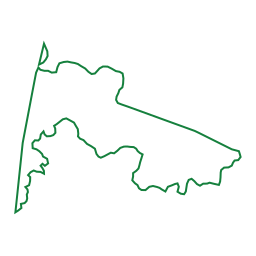 outline of Gongogi, Bahia, Brazil
{"feature_id": "56859067B50275447088656", "entity_name": "Gongogi", "entity_type": "district", "adm_level": 2, "iso_a3": "BRA", "parent_name": "Brazil", "parent_adm1": "Bahia", "projection": "albers", "projection_center": [-39.593, -14.278], "detail": "fine", "context": "isolated", "style": "outline", "palette": "green", "viewbox_px": 256, "rotation_deg": 0, "n_neighbors": 0, "source": "geoboundaries", "source_scale": "gbopen_adm2", "svg_char_len": 2176}
<svg xmlns="http://www.w3.org/2000/svg" viewBox="0 0 256 256"><path d="M238.9,151.2L231.8,149.3L198.7,132.8L194.7,130.9L163.0,119.4L127.5,106.5L121.7,104.5L117.8,103.0L116.1,99.9L116.6,96.6L118.3,93.2L119.4,89.9L122.4,87.3L123.1,83.6L123.4,78.3L122.6,73.5L119.6,71.8L115.9,71.1L111.8,68.7L107.6,66.6L103.0,66.5L99.5,68.4L97.3,70.9L94.9,73.5L91.6,74.0L88.4,71.8L85.2,68.5L80.9,66.0L77.9,64.0L74.7,63.0L71.1,62.4L67.5,61.6L63.7,62.0L59.4,63.3L57.5,67.1L56.2,72.2L51.7,72.6L48.1,70.8L44.4,70.8L40.4,69.8L38.4,67.5L36.1,72.6L32.1,93.4L22.7,142.9L15.4,212.3L18.1,210.6L21.4,208.0L20.9,203.9L24.6,203.1L26.5,201.1L27.2,198.4L26.8,194.5L27.9,192.1L27.5,189.5L25.4,187.0L29.1,185.2L30.1,181.0L30.2,177.1L28.1,175.1L30.6,172.2L33.7,170.5L36.7,171.7L40.5,171.9L44.0,173.7L43.9,170.8L42.3,167.9L40.6,165.7L42.5,163.8L44.9,165.8L48.1,163.4L47.1,158.8L43.0,156.5L42.1,154.0L39.3,151.2L36.5,149.3L32.7,148.2L32.4,143.2L34.9,140.3L38.3,140.5L40.1,138.6L40.8,134.5L43.5,131.4L44.6,134.4L46.8,136.3L50.4,136.1L53.3,135.1L55.4,132.8L55.2,128.5L54.1,125.8L56.5,124.3L59.8,121.7L62.8,119.3L66.3,118.4L69.1,119.9L74.0,122.6L75.8,125.8L77.8,129.1L78.3,133.8L78.0,136.4L80.1,138.7L83.5,140.1L87.0,143.9L91.0,146.1L94.9,148.7L96.5,154.0L98.5,156.6L100.8,157.7L104.3,156.2L108.2,154.1L110.8,152.7L114.1,153.3L117.3,150.8L120.3,147.9L123.9,146.6L127.1,146.5L130.1,146.9L133.7,147.1L136.2,148.7L137.7,151.1L139.9,153.0L142.6,154.4L141.5,158.0L140.1,162.4L139.5,165.0L138.5,168.5L136.3,170.8L133.1,173.1L133.1,176.5L132.3,180.3L135.0,183.3L137.5,185.1L139.0,188.3L141.5,190.0L145.5,190.1L149.3,186.8L153.0,186.0L157.1,187.0L159.6,187.9L161.7,189.4L165.4,191.5L167.9,186.8L171.7,185.4L175.0,184.0L177.5,183.4L178.8,186.7L177.5,191.7L180.8,193.7L184.1,194.2L185.8,191.5L186.4,187.6L187.0,183.7L188.7,179.9L191.6,178.8L194.3,181.1L197.0,184.1L200.0,185.7L203.1,183.7L207.1,183.6L209.6,182.7L213.5,183.7L218.9,184.9L220.1,181.6L220.5,177.5L220.7,172.5L221.2,170.0L224.1,167.6L228.5,167.4L231.8,165.6L233.0,162.7L234.6,160.5L238.2,160.1L240.6,157.0L239.9,154.4L238.9,151.2ZM44.0,43.7L39.0,64.6L43.3,62.5L45.9,59.3L47.6,56.0L47.3,51.3L45.6,47.4L44.0,43.7Z" fill="none" stroke="#15803d" stroke-width="2"/></svg>